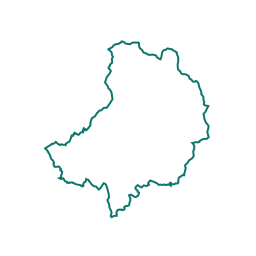 the district of Vorta, Hunedoara, Romania, rotated 52°
{"feature_id": "2599482B10924602672216", "entity_name": "Vorta", "entity_type": "district", "adm_level": 2, "iso_a3": "ROU", "parent_name": "Romania", "parent_adm1": "Hunedoara", "projection": "robinson", "projection_center": [22.662, 46.052], "detail": "fine", "context": "isolated", "style": "outline", "palette": "teal", "viewbox_px": 256, "rotation_deg": 52, "n_neighbors": 0, "source": "geoboundaries", "source_scale": "gbopen_adm2", "svg_char_len": 5819}
<svg xmlns="http://www.w3.org/2000/svg" viewBox="0 0 256 256"><g transform="rotate(52 128 128)"><path d="M188.1,195.9L188.4,195.0L188.5,193.5L189.1,192.6L190.2,190.8L189.0,190.1L188.8,189.8L187.9,189.5L187.1,188.7L186.6,187.5L186.3,186.9L186.6,185.7L187.0,185.0L187.6,184.3L187.8,184.3L188.4,183.2L189.3,183.0L190.0,181.0L189.3,180.4L189.1,180.0L188.4,180.0L188.1,179.8L188.0,179.7L188.0,178.4L188.2,177.6L188.9,176.8L189.2,176.2L189.5,174.8L188.9,173.8L187.7,172.9L187.6,172.4L187.1,171.5L186.2,170.5L185.2,169.7L185.0,169.4L184.5,169.4L183.8,169.1L182.5,168.9L181.6,168.5L181.5,168.3L182.1,167.2L182.6,166.5L184.5,165.9L186.4,165.1L187.1,164.5L187.4,163.8L187.4,163.1L187.6,162.5L187.5,161.8L187.3,161.2L186.4,160.1L186.1,159.4L185.8,159.1L185.5,159.1L184.1,159.6L183.6,159.1L182.7,159.1L181.2,159.4L180.6,159.4L179.9,159.2L179.4,158.5L179.2,158.1L179.1,157.7L179.2,156.9L179.0,155.5L182.9,154.2L183.2,153.8L182.9,151.0L183.5,150.4L184.6,149.7L185.3,148.7L185.4,147.7L185.7,146.5L184.9,146.4L184.5,146.5L184.3,146.5L183.5,145.3L183.4,144.5L183.0,142.9L183.1,142.7L184.1,142.4L185.0,141.5L189.2,139.3L189.7,139.1L191.5,138.9L191.9,138.7L192.6,137.3L193.4,136.4L194.2,135.8L194.5,135.3L194.5,134.6L195.8,133.6L196.7,132.8L196.8,131.9L197.1,131.3L197.5,130.8L199.6,129.8L198.6,129.4L197.4,129.2L197.1,128.3L197.7,128.1L199.6,127.7L200.4,127.0L200.8,126.1L201.0,124.4L201.6,123.9L202.1,123.3L202.2,123.1L202.0,121.8L200.7,121.2L198.7,118.9L198.4,117.8L198.8,116.7L198.6,115.8L198.9,113.7L199.9,112.9L199.8,112.6L198.6,111.9L197.6,110.3L194.9,107.0L193.8,106.8L192.5,105.9L192.2,104.2L192.0,101.9L191.7,101.5L191.5,100.8L191.0,99.5L191.4,97.2L191.3,95.9L190.7,94.0L190.2,93.1L187.8,91.8L186.3,90.7L185.4,89.1L184.5,88.0L183.7,87.5L182.6,86.6L182.0,86.6L180.1,86.4L179.4,86.5L180.0,85.5L180.7,83.6L181.4,82.6L182.1,82.2L182.8,80.7L182.8,80.0L182.3,79.5L182.4,78.3L183.1,75.5L183.6,74.5L185.0,72.6L184.9,70.1L180.5,68.2L179.3,67.2L177.6,64.8L176.5,63.6L174.9,63.1L172.1,63.3L167.7,62.2L165.2,60.5L163.6,60.1L162.9,57.0L160.1,51.2L158.5,52.7L157.1,53.6L155.9,53.7L155.3,52.8L154.4,51.9L151.6,50.9L151.1,50.4L150.5,49.7L149.2,49.4L146.3,49.4L146.0,48.7L142.9,47.4L140.3,46.9L136.1,45.0L134.5,45.0L133.6,45.1L133.0,45.4L132.6,45.7L132.5,46.1L132.5,47.0L132.0,47.9L131.5,48.2L130.3,48.4L129.9,48.3L128.9,48.3L127.0,49.1L124.4,48.1L123.8,48.2L123.2,48.7L122.0,49.1L120.6,50.0L119.7,51.3L118.4,52.3L116.7,52.3L115.5,51.9L113.3,52.6L111.8,52.0L109.8,50.7L108.2,49.5L106.9,47.9L104.1,45.5L102.6,44.7L99.3,43.8L98.6,43.0L95.7,44.1L94.0,44.9L93.0,44.8L92.1,45.8L91.4,46.6L89.9,47.5L89.5,48.3L89.7,49.9L88.7,51.9L89.1,53.8L90.2,55.4L91.9,57.2L93.1,58.7L93.9,60.1L92.9,60.8L89.9,61.7L88.2,61.2L85.3,63.4L83.3,66.5L81.4,67.5L80.3,67.7L79.2,68.6L78.0,69.3L76.7,69.1L75.0,68.9L72.8,69.5L70.9,69.1L69.8,68.6L68.1,67.1L67.3,67.0L63.6,71.6L63.1,75.0L60.1,77.8L57.5,78.5L56.1,79.4L55.8,79.9L56.3,80.8L55.8,82.7L56.0,83.3L55.2,84.7L54.0,87.7L54.0,88.2L54.6,90.6L54.3,92.8L54.1,93.9L53.8,94.4L54.0,95.1L56.2,94.5L58.5,94.4L60.5,95.7L62.5,96.0L63.8,98.4L66.8,100.2L66.9,103.2L67.9,104.0L68.2,105.9L69.2,106.6L70.3,106.3L72.5,106.4L73.6,108.4L74.8,113.3L78.0,118.1L82.5,118.2L84.7,119.0L86.7,118.6L89.8,119.1L95.8,122.5L97.9,128.5L98.6,130.9L98.9,132.5L97.6,133.9L97.2,135.3L97.6,137.6L97.3,139.0L96.7,139.6L96.8,140.9L97.0,141.8L97.0,142.9L97.5,144.0L97.6,144.6L97.9,145.0L98.1,146.1L98.4,146.9L98.4,147.9L98.3,149.1L98.0,150.1L98.1,150.5L98.7,151.1L98.7,151.5L99.5,152.6L99.8,153.0L99.9,153.3L100.7,154.1L100.9,154.4L100.9,154.7L102.3,155.4L102.4,155.7L102.9,156.5L102.9,157.0L103.2,157.5L103.3,158.2L103.4,158.8L103.8,159.3L103.8,159.6L103.7,160.2L103.9,161.5L104.1,161.8L104.0,162.4L102.9,162.4L103.0,163.4L102.7,163.5L102.2,162.9L101.7,162.7L101.0,162.9L101.8,164.7L102.5,165.2L102.8,165.6L103.6,165.7L103.8,166.1L103.1,166.7L102.7,167.1L102.4,168.5L102.5,169.3L102.9,170.2L103.0,170.8L102.9,171.2L101.9,171.7L101.8,171.9L100.8,172.1L100.4,172.8L99.1,172.8L98.8,172.9L98.8,173.2L98.9,173.7L99.0,174.0L99.6,174.1L99.6,174.6L99.8,174.7L99.9,174.9L99.8,175.5L100.0,176.0L100.3,176.3L100.3,176.5L100.0,176.7L99.3,176.7L99.2,176.9L100.2,178.5L100.7,178.9L100.9,179.3L101.1,179.9L101.6,180.6L102.7,182.7L102.7,183.1L102.3,184.4L102.1,185.9L102.2,186.4L103.1,187.7L102.3,188.0L101.6,189.1L101.1,189.6L100.0,190.4L99.7,190.7L99.8,191.5L99.6,192.0L97.8,192.9L94.5,193.5L94.6,194.0L94.6,194.5L94.5,196.5L94.2,197.1L93.7,197.6L93.5,198.0L93.7,198.4L93.8,198.6L93.7,198.7L93.7,198.8L93.7,199.2L93.0,205.8L95.2,205.5L96.5,205.6L97.0,205.5L98.5,205.9L98.7,206.0L99.1,205.9L100.4,206.0L100.9,206.2L101.7,206.4L102.2,206.7L102.5,206.6L104.4,207.3L105.6,207.4L107.6,207.2L108.4,207.3L109.1,207.6L109.6,207.6L110.3,208.2L110.4,208.8L110.9,209.2L112.6,209.8L113.4,209.6L113.7,209.4L114.3,208.4L114.7,208.0L115.0,207.7L115.5,206.6L115.7,206.3L116.1,206.0L118.0,206.2L118.9,206.1L119.1,206.1L119.4,206.5L119.4,207.3L119.6,207.4L120.4,207.1L121.9,206.8L122.2,207.1L122.5,207.6L123.4,208.4L123.7,208.8L124.2,210.0L125.1,210.6L125.4,211.1L125.5,212.4L125.3,213.0L125.7,212.8L126.2,212.6L127.4,211.7L127.4,210.4L127.9,210.1L128.7,210.0L130.7,210.5L131.8,210.0L132.9,209.2L133.7,209.7L135.1,208.2L135.1,207.3L136.8,205.3L137.3,205.3L137.5,204.8L138.2,204.5L139.2,204.3L141.8,202.5L142.6,201.6L143.6,200.7L145.0,200.5L145.4,200.3L145.3,199.4L146.2,199.2L146.1,198.8L145.4,198.9L144.2,197.0L143.8,195.8L144.2,194.9L143.5,193.5L142.5,192.5L143.5,191.8L144.8,191.1L146.4,191.5L147.6,191.2L149.0,191.4L150.3,191.4L152.9,190.7L154.4,189.3L155.6,189.0L156.8,189.1L158.3,189.1L158.6,188.4L158.2,186.1L157.3,183.5L156.6,181.1L158.0,180.4L159.0,180.2L162.5,181.4L167.2,183.4L170.0,185.0L171.2,185.9L171.9,188.3L173.0,189.0L174.8,189.4L176.8,190.0L178.6,191.2L179.4,191.6L183.3,192.5L184.9,193.3L186.6,195.8L188.1,195.9Z" fill="none" stroke="#0f766e" stroke-width="2"/></g></svg>